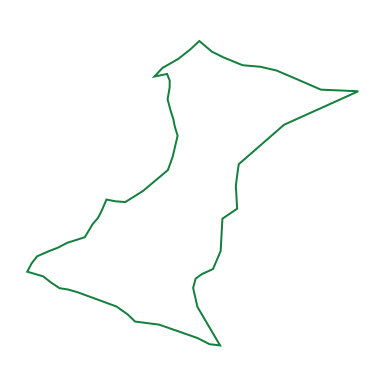 Tenente Laurentino Cruz, Rio Grande do Norte, Brazil, rotated 4°
{"feature_id": "56859067B82553548665211", "entity_name": "Tenente Laurentino Cruz", "entity_type": "district", "adm_level": 2, "iso_a3": "BRA", "parent_name": "Brazil", "parent_adm1": "Rio Grande do Norte", "projection": "orthographic", "projection_center": [-36.73, -6.158], "detail": "fine", "context": "isolated", "style": "outline", "palette": "green", "viewbox_px": 384, "rotation_deg": 4, "n_neighbors": 0, "source": "geoboundaries", "source_scale": "gbopen_adm2", "svg_char_len": 890}
<svg xmlns="http://www.w3.org/2000/svg" viewBox="0 0 384 384"><g transform="rotate(4 192 192)"><path d="M230.7,343.1L205.4,306.2L199.8,287.6L201.7,278.1L207.6,273.2L218.3,267.4L224.7,248.9L224.2,216.5L238.2,205.5L235.3,182.7L236.0,170.2L236.7,161.0L279.1,118.5L350.8,79.9L313.4,80.9L290.0,72.6L267.8,64.9L251.5,62.3L233.6,62.0L213.6,55.4L202.0,50.6L188.8,40.9L180.1,50.1L169.2,60.0L162.0,64.9L154.0,70.2L146.5,79.4L158.9,76.0L162.0,82.4L162.4,89.3L161.2,101.3L165.3,113.2L168.4,120.9L170.2,127.7L173.7,136.9L170.2,158.5L166.4,171.8L143.0,194.4L126.1,206.7L116.2,206.6L107.2,205.5L103.4,216.5L100.0,224.5L95.1,231.0L88.2,244.6L71.0,251.4L62.3,256.8L52.5,261.4L41.9,267.0L37.0,274.4L33.2,283.0L49.4,286.5L57.3,291.9L66.5,297.2L75.1,297.9L84.1,299.8L124.6,311.5L136.4,318.6L144.2,325.2L168.4,326.6L207.6,337.3L220.1,342.6L230.7,343.1Z" fill="none" stroke="#15803d" stroke-width="2"/></g></svg>